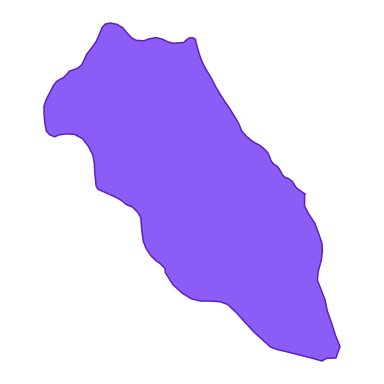 Dola, Ngounié, Gabon
{"feature_id": "22940354B92204383956845", "entity_name": "Dola", "entity_type": "district", "adm_level": 2, "iso_a3": "GAB", "parent_name": "Gabon", "parent_adm1": "Ngounié", "projection": "albers", "projection_center": [11.352, -2.321], "detail": "fine", "context": "isolated", "style": "filled", "palette": "violet", "viewbox_px": 384, "rotation_deg": 0, "n_neighbors": 0, "source": "geoboundaries", "source_scale": "gbopen_adm2", "svg_char_len": 1710}
<svg xmlns="http://www.w3.org/2000/svg" viewBox="0 0 384 384"><path d="M205.4,68.2L203.3,64.2L201.4,60.1L199.4,54.4L197.6,48.2L196.1,42.7L195.4,39.2L192.7,37.8L189.5,37.8L185.9,40.4L183.5,42.6L173.3,43.2L168.0,41.9L162.0,39.0L155.8,37.6L148.5,39.0L143.8,40.8L136.1,40.3L131.7,37.8L127.7,33.7L122.9,27.8L117.0,24.3L110.3,23.0L105.2,24.1L102.0,27.7L99.5,34.1L96.2,41.4L93.3,45.7L89.7,50.4L86.6,54.3L84.3,59.8L81.5,65.1L77.4,68.3L69.3,71.2L66.5,74.6L63.6,77.4L59.9,79.5L56.8,81.3L53.4,85.4L51.6,89.2L48.7,94.7L46.0,100.2L44.0,106.1L44.1,115.1L44.9,123.4L46.3,131.0L49.5,134.7L54.6,136.8L59.0,134.9L66.7,133.8L74.8,134.5L82.6,138.7L88.7,146.8L92.9,155.2L94.4,163.9L94.7,171.9L96.1,186.0L97.9,189.2L107.2,193.4L115.1,196.9L121.4,200.4L126.2,204.5L132.5,207.1L138.1,212.7L140.8,217.8L141.5,227.0L142.4,235.0L143.4,241.6L145.9,248.1L151.1,256.0L155.4,260.2L160.1,263.5L164.9,268.3L165.4,272.8L168.2,277.2L172.9,284.6L181.9,293.0L191.4,298.8L200.2,301.0L211.4,301.1L220.0,301.7L227.6,304.5L235.7,311.9L244.1,321.3L253.8,331.9L264.3,341.4L270.7,347.2L277.5,349.6L287.2,351.9L301.9,355.6L312.5,358.3L322.0,361.0L326.5,358.4L335.9,358.0L340.0,346.5L335.5,335.5L331.9,324.0L327.4,311.3L324.9,299.5L317.4,280.2L318.2,271.6L321.4,259.8L322.4,250.4L321.9,243.0L318.2,232.3L314.8,223.1L308.5,213.7L304.6,206.1L304.6,194.6L305.2,194.1L301.4,191.5L296.9,188.3L294.9,185.7L292.7,181.8L288.6,178.6L284.8,177.2L282.1,174.4L280.2,170.5L277.4,166.5L273.5,163.9L271.2,161.2L269.8,157.4L267.9,152.8L264.0,148.7L259.6,145.2L255.4,143.1L252.1,141.0L246.3,136.3L241.7,131.0L239.4,125.2L236.9,120.3L233.2,114.3L228.8,107.2L224.4,100.9L220.5,94.8L215.6,86.6L211.7,78.9L205.4,68.2Z" fill="#8b5cf6" stroke="#5b21b6" stroke-width="1.5"/></svg>